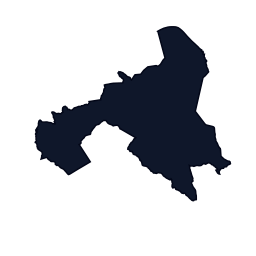 Campos dos Goytacazes, Rio de Janeiro, Brazil, rotated 255°
{"feature_id": "56859067B60094869559432", "entity_name": "Campos dos Goytacazes", "entity_type": "district", "adm_level": 2, "iso_a3": "BRA", "parent_name": "Brazil", "parent_adm1": "Rio de Janeiro", "projection": "orthographic", "projection_center": [-41.44, -21.65], "detail": "fine", "context": "isolated", "style": "filled", "palette": "ink", "viewbox_px": 256, "rotation_deg": 255, "n_neighbors": 0, "source": "geoboundaries", "source_scale": "gbopen_adm2", "svg_char_len": 5833}
<svg xmlns="http://www.w3.org/2000/svg" viewBox="0 0 256 256"><g transform="rotate(255 128 128)"><path d="M120.5,36.0L120.7,41.4L120.3,42.2L118.3,42.9L117.1,44.1L115.7,44.9L115.4,45.5L115.0,47.0L114.4,48.3L113.2,48.9L112.0,48.4L111.2,48.8L110.2,49.7L110.2,50.6L109.4,51.4L107.9,52.1L107.0,52.7L104.8,55.2L102.7,56.2L102.2,56.6L101.1,57.0L98.9,58.1L98.4,58.6L98.6,60.0L101.0,68.1L105.1,82.8L124.7,76.5L124.8,77.5L125.6,78.7L127.6,79.1L128.0,79.6L128.3,80.3L129.2,81.5L129.8,82.8L130.3,83.4L130.8,83.8L131.6,85.0L131.6,85.9L131.7,87.0L131.7,88.9L131.6,89.7L132.0,90.3L133.6,91.0L134.3,91.6L135.1,92.8L135.9,93.0L135.9,93.6L137.8,96.2L138.5,96.9L139.0,97.9L139.2,98.9L139.1,100.6L139.4,101.4L140.8,103.8L141.0,104.7L141.6,106.1L141.5,106.9L140.8,108.8L138.1,109.7L137.7,110.2L136.9,110.7L135.7,112.5L134.6,113.8L133.9,114.2L133.9,115.7L133.6,117.9L133.2,118.6L132.7,119.2L132.0,119.6L129.1,120.2L128.8,120.8L116.6,133.0L116.2,132.3L116.0,131.2L113.9,129.1L113.4,128.4L113.1,127.2L112.3,126.5L111.8,125.6L111.2,125.0L110.6,124.8L109.1,123.0L107.6,122.3L107.1,123.2L106.2,123.6L105.4,123.7L104.8,124.0L104.8,124.6L104.4,125.3L104.2,126.0L103.7,125.8L102.6,126.5L101.8,126.2L100.6,127.2L100.4,128.0L99.8,128.7L99.0,129.0L98.8,129.5L97.9,129.8L97.5,130.7L94.8,131.2L93.8,131.2L93.0,131.7L92.5,132.3L89.6,132.3L88.7,132.2L87.7,132.9L87.0,134.2L86.3,135.8L85.6,136.4L85.2,137.0L83.9,137.3L83.4,137.9L82.5,138.2L81.0,139.0L80.2,139.1L79.8,140.1L79.1,140.6L78.4,140.7L77.7,141.3L77.6,142.2L76.8,143.6L77.0,145.2L76.9,146.2L76.2,147.4L76.1,148.0L75.7,148.5L74.0,149.5L73.3,149.6L72.5,149.9L72.1,150.4L71.6,150.6L71.1,151.3L70.4,151.6L69.5,152.4L67.0,155.2L67.3,155.9L67.8,156.4L67.0,156.8L66.1,156.8L65.5,156.6L64.8,156.7L64.0,156.5L62.6,156.7L62.0,156.1L61.2,155.7L60.4,155.6L59.8,155.3L59.2,155.6L58.5,155.8L58.6,157.4L58.0,158.1L57.3,158.3L56.5,158.3L55.8,159.0L55.5,160.0L54.9,160.3L54.6,160.9L54.1,161.2L53.7,161.8L53.1,162.2L51.6,162.9L51.1,163.3L50.9,163.9L50.4,164.6L50.5,165.7L50.0,166.2L49.3,166.5L48.0,166.8L46.7,168.1L43.9,169.5L43.3,170.0L41.8,170.9L41.3,171.5L40.9,172.1L40.9,172.8L41.3,173.3L41.5,173.9L41.4,174.5L41.0,175.0L41.3,175.5L44.9,176.4L46.9,176.5L49.7,177.0L50.9,176.9L54.9,175.4L56.0,175.4L57.8,175.0L58.4,175.1L59.7,176.0L59.9,177.0L60.5,177.1L61.3,177.0L62.5,177.6L65.1,177.4L65.8,177.3L69.3,177.3L70.5,177.1L71.2,177.3L72.8,177.1L74.9,177.6L75.9,177.6L75.1,178.5L75.0,179.3L74.4,181.0L73.9,181.7L74.1,184.3L73.8,185.6L73.2,186.8L72.9,188.6L73.0,189.2L74.0,191.6L74.0,192.4L73.1,193.2L73.0,193.9L73.6,196.2L73.5,196.8L73.2,197.5L72.7,198.3L72.1,198.8L71.0,199.4L70.2,200.7L69.4,200.9L69.0,201.6L68.5,202.0L67.9,202.1L67.1,202.6L66.5,203.2L65.0,203.8L64.6,202.9L64.5,202.0L61.3,202.9L60.2,203.8L59.8,204.6L60.5,204.5L62.4,204.7L64.2,206.7L64.6,207.3L64.7,208.2L64.4,209.9L65.0,210.3L65.4,211.1L65.3,211.9L65.1,212.6L65.2,213.3L66.2,214.2L66.6,215.9L66.6,216.8L67.0,217.7L68.9,217.8L69.7,217.2L70.0,216.4L70.4,215.6L73.5,212.4L74.2,212.0L74.8,211.8L75.8,211.0L76.5,210.6L77.1,210.6L78.9,210.9L82.9,211.7L84.4,211.8L85.1,211.3L87.2,210.6L90.1,210.3L92.6,209.5L94.4,209.8L96.7,209.7L97.4,209.9L99.2,210.5L100.0,210.6L101.3,210.6L105.5,211.4L106.3,211.3L107.0,210.8L107.7,209.8L110.6,204.5L111.1,203.9L112.3,203.2L126.7,197.3L157.3,213.5L158.5,216.1L161.4,220.4L162.8,220.2L163.7,220.4L165.4,220.1L166.1,219.8L166.7,219.7L167.5,220.0L168.5,220.1L171.5,219.9L171.6,220.7L172.1,221.2L172.9,221.3L174.1,220.5L175.3,220.3L176.0,220.4L176.7,219.9L178.6,220.5L179.5,220.9L179.6,220.2L180.0,219.5L180.6,219.9L181.2,219.9L181.6,220.3L182.1,219.8L182.6,220.2L183.0,219.7L183.0,218.9L183.7,218.9L184.4,219.3L185.0,218.6L186.7,217.4L188.0,216.8L195.9,211.8L201.2,208.9L206.1,206.5L208.3,205.2L210.4,203.7L211.9,202.4L212.3,201.8L213.2,200.4L214.0,198.1L214.8,194.8L215.1,192.8L215.1,188.5L214.5,184.8L213.7,181.6L213.2,181.9L186.0,181.9L184.7,179.7L181.1,175.9L179.9,173.3L180.1,172.2L180.7,171.9L181.0,171.2L181.9,163.0L179.6,158.1L176.6,154.2L177.6,148.6L176.6,147.3L173.8,144.3L173.5,143.7L174.5,143.2L175.5,143.3L176.3,142.9L176.9,142.2L177.5,141.1L178.2,140.4L180.3,139.2L181.2,138.3L182.6,137.4L184.2,135.2L184.3,134.5L184.7,133.8L183.8,133.4L183.7,132.6L183.1,132.7L182.5,133.1L180.6,133.2L179.7,133.6L179.1,134.3L178.5,134.7L177.7,135.0L176.5,136.1L175.0,136.0L173.9,135.1L173.0,134.8L173.0,134.0L175.0,125.3L175.3,122.7L175.4,120.4L175.7,117.4L175.6,116.3L174.7,116.2L173.3,116.3L172.6,116.2L172.3,115.5L171.9,115.0L170.8,114.4L169.2,113.8L168.4,113.3L167.7,112.5L167.0,112.2L166.6,111.6L166.3,111.0L165.8,110.5L165.0,110.3L164.3,109.9L163.8,109.4L162.3,109.0L163.6,97.3L162.9,97.5L160.8,95.4L160.8,94.8L161.5,94.2L161.7,92.3L161.2,90.6L161.5,88.8L161.2,88.2L161.2,87.3L161.6,86.1L161.3,83.5L161.3,81.6L161.2,81.0L160.6,80.4L160.4,79.7L159.7,78.5L160.2,76.8L161.0,76.2L161.5,75.6L161.4,74.6L162.3,74.3L162.9,74.4L163.8,74.2L164.4,73.5L165.2,73.0L165.2,71.6L164.5,70.3L164.0,70.0L163.3,69.7L162.5,69.5L161.8,69.2L160.9,69.3L160.0,69.1L160.0,68.4L159.7,67.6L159.1,66.9L159.4,66.0L160.0,64.9L160.2,64.0L160.2,62.9L160.9,61.9L162.5,60.5L163.0,59.4L162.9,58.5L161.9,58.5L161.0,58.9L160.4,59.1L158.7,59.0L157.8,58.7L157.3,58.8L156.6,59.1L155.6,59.1L154.2,59.4L153.7,59.0L153.4,58.4L152.7,58.4L151.9,58.8L150.9,58.5L151.7,56.3L152.6,55.6L153.2,54.7L153.8,53.0L154.8,51.3L155.6,47.7L155.9,46.9L156.4,46.2L157.2,46.0L158.4,45.1L157.8,43.8L155.7,42.7L154.9,42.4L154.1,42.7L153.7,42.1L152.8,41.6L151.1,39.6L150.1,40.1L150.1,39.4L150.0,38.4L148.5,38.3L148.5,39.2L147.6,39.0L147.0,38.7L147.2,38.1L146.1,37.1L145.3,37.3L144.4,37.2L143.6,36.8L142.7,36.8L140.6,36.2L139.6,36.3L138.9,35.8L138.6,35.0L138.0,34.7L137.6,35.4L135.4,35.9L133.4,35.3L132.8,35.8L132.1,35.4L131.6,35.9L131.0,35.6L130.2,36.1L127.2,38.8L126.5,38.6L125.1,38.6L124.5,38.3L123.7,37.5L122.3,37.1L120.5,36.0Z" fill="#0f172a" stroke="#020617" stroke-width="1.5"/></g></svg>